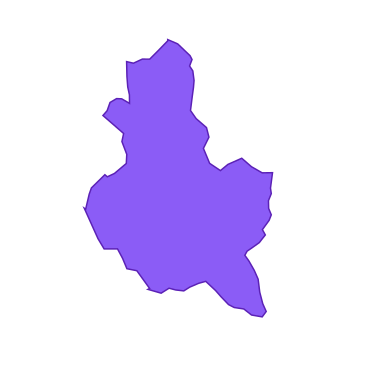 Gimje-si, North Jeolla, South Korea, rotated 221°
{"feature_id": "91817680B35753357340942", "entity_name": "Gimje-si", "entity_type": "district", "adm_level": 2, "iso_a3": "KOR", "parent_name": "South Korea", "parent_adm1": "North Jeolla", "projection": "orthographic", "projection_center": [126.91, 35.788], "detail": "fine", "context": "isolated", "style": "filled", "palette": "violet", "viewbox_px": 384, "rotation_deg": 221, "n_neighbors": 0, "source": "geoboundaries", "source_scale": "gbopen_adm2", "svg_char_len": 1233}
<svg xmlns="http://www.w3.org/2000/svg" viewBox="0 0 384 384"><g transform="rotate(221 192 192)"><path d="M309.4,191.3L289.2,191.3L282.0,191.3L278.0,184.1L265.9,177.6L260.3,170.4L262.7,155.1L265.9,147.9L269.1,147.9L270.6,129.1L268.2,123.0L261.0,109.3L262.7,109.1L232.3,95.1L221.0,91.4L210.9,100.2L200.9,96.4L190.8,91.4L182.0,96.4L160.7,91.4L161.4,89.6L148.9,95.4L146.2,104.3L140.0,107.4L133.3,112.0L131.3,118.7L127.1,127.4L123.0,133.6L109.6,133.1L101.4,132.0L90.6,131.0L84.4,132.5L76.2,137.7L66.4,138.2L57.1,143.8L57.6,150.5L65.3,154.1L75.1,160.8L84.9,169.6L93.6,173.7L103.9,177.3L110.6,178.9L111.6,183.5L110.1,189.2L108.0,198.0L108.2,201.4L108.5,207.7L114.2,209.8L115.2,221.2L117.2,226.8L123.4,229.9L128.6,235.6L131.1,242.8L135.3,246.4L143.9,259.4L151.6,252.5L163.7,250.1L176.6,250.1L183.0,236.4L184.6,226.8L197.5,225.2L212.0,232.4L215.2,244.5L223.3,250.1L237.0,250.1L246.6,252.5L254.7,264.6L259.5,271.9L263.6,277.5L270.8,283.9L276.5,285.5L278.9,292.0L282.9,293.6L299.9,294.4L310.3,291.1L309.5,290.3L310.3,275.8L311.1,264.5L316.7,259.7L320.7,250.8L326.9,247.5L316.7,236.3L309.4,229.1L303.0,224.3L297.3,217.9L306.2,216.2L310.2,213.0L312.6,205.8L309.4,197.7L309.4,191.3Z" fill="#8b5cf6" stroke="#5b21b6" stroke-width="1.5"/></g></svg>